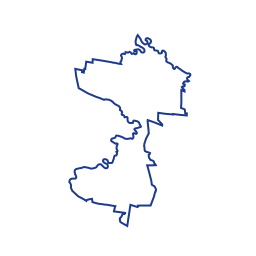 Rafov, Prahova, Romania (Equal Earth projection), rotated 234°
{"feature_id": "2599482B7706005984570", "entity_name": "Rafov", "entity_type": "district", "adm_level": 2, "iso_a3": "ROU", "parent_name": "Romania", "parent_adm1": "Prahova", "projection": "equal_earth", "projection_center": [26.169, 44.85], "detail": "fine", "context": "isolated", "style": "outline", "palette": "blue", "viewbox_px": 256, "rotation_deg": 234, "n_neighbors": 0, "source": "geoboundaries", "source_scale": "gbopen_adm2", "svg_char_len": 5958}
<svg xmlns="http://www.w3.org/2000/svg" viewBox="0 0 256 256"><g transform="rotate(234 128 128)"><path d="M136.4,209.3L137.2,208.1L137.6,207.7L139.2,206.9L142.3,205.6L145.1,204.7L146.9,204.0L148.4,203.7L148.8,203.5L149.1,203.0L149.1,202.4L148.8,201.4L148.4,200.5L148.5,200.1L148.8,199.9L150.1,199.8L151.0,200.1L152.3,201.0L153.3,200.7L154.6,200.5L155.4,200.2L158.0,198.6L158.7,198.3L159.3,198.2L160.1,198.5L160.6,199.3L161.2,199.8L163.0,199.9L163.7,200.2L164.2,201.1L166.1,202.4L166.6,202.7L168.5,202.6L169.1,202.5L169.9,202.0L170.3,201.2L170.2,200.8L170.0,200.4L169.1,199.9L168.9,199.6L168.9,199.4L169.0,198.6L169.4,197.7L170.3,196.9L171.1,196.9L172.4,197.5L173.1,197.4L175.2,195.2L175.5,195.1L176.3,195.3L176.8,195.7L177.8,196.0L178.7,195.4L179.8,194.1L181.1,193.4L182.1,193.2L182.8,193.4L183.3,194.0L183.7,196.4L184.4,197.5L184.9,197.8L185.7,198.0L186.3,198.0L187.5,197.6L189.0,196.8L189.4,196.4L189.5,196.0L189.7,195.1L189.5,194.7L189.2,194.2L188.7,193.9L188.2,194.0L187.4,194.5L187.1,194.5L185.9,194.3L185.3,193.8L185.0,193.2L185.0,192.5L185.4,191.2L185.8,190.7L186.5,190.4L188.6,189.8L190.1,189.9L193.1,190.5L197.4,190.5L196.9,189.1L196.6,188.6L194.0,185.4L192.5,184.3L190.7,183.6L190.2,183.5L189.7,184.0L189.3,184.6L187.7,185.5L186.5,185.8L184.8,186.8L182.9,187.3L182.0,187.3L181.0,186.9L180.1,186.1L180.0,185.7L180.0,185.0L180.5,184.0L181.2,183.5L182.2,183.3L183.6,183.5L185.2,182.9L185.8,182.3L187.2,179.5L187.3,178.8L186.7,178.3L186.1,178.3L186.0,178.5L186.0,178.8L185.4,179.9L184.8,180.0L183.4,178.9L183.1,178.2L183.2,177.6L183.5,177.2L183.9,176.8L185.3,176.3L185.6,174.7L187.5,174.5L188.7,174.1L188.7,173.2L189.1,172.1L189.9,171.6L190.4,170.8L190.7,170.6L190.2,170.2L189.7,168.8L190.8,168.2L191.4,166.3L191.2,165.6L190.8,165.0L190.2,164.8L188.8,164.6L187.9,164.1L187.0,162.8L186.4,162.3L186.1,161.9L186.0,160.9L185.4,160.4L184.8,160.1L183.9,160.0L185.1,158.6L188.8,155.4L189.6,154.3L190.0,154.1L190.9,153.3L198.1,146.3L204.4,139.9L201.6,137.7L206.2,133.2L200.9,128.1L201.6,127.5L198.8,124.8L200.2,123.6L201.6,124.9L206.8,120.1L200.9,116.8L197.5,115.2L189.1,111.5L187.7,112.3L180.5,115.5L178.3,116.7L171.5,120.8L169.2,122.5L165.0,125.1L164.8,125.3L164.7,126.0L164.4,126.7L162.0,129.3L161.4,129.5L159.7,130.6L159.1,130.6L158.3,131.0L156.7,131.1L154.6,131.7L151.2,133.4L149.6,133.6L149.1,133.5L148.7,133.3L147.4,132.1L146.8,132.2L146.0,132.7L144.9,132.7L144.1,132.5L143.5,131.5L142.5,130.9L142.1,130.9L141.4,131.7L140.8,132.0L140.2,132.0L139.0,131.6L138.5,131.7L138.1,132.9L137.7,133.5L137.1,133.7L136.4,133.6L134.9,132.4L134.0,132.0L133.3,131.8L132.1,131.9L131.3,132.2L130.9,132.6L130.3,133.3L130.0,134.0L129.3,134.7L129.4,135.1L130.5,136.4L130.7,136.8L130.2,137.5L128.3,139.2L127.2,139.8L126.0,140.1L125.4,140.0L124.4,139.6L122.3,139.5L121.8,139.4L121.4,139.0L122.7,135.0L123.4,133.6L123.4,132.7L123.1,132.4L122.7,132.3L122.0,132.2L120.8,132.5L119.8,132.5L118.7,132.2L118.4,131.7L118.4,131.3L118.9,130.7L120.2,129.9L120.6,129.4L120.6,129.1L120.3,128.6L117.3,127.0L116.8,126.1L116.7,125.4L117.0,124.8L118.1,124.2L119.2,121.6L120.4,120.0L121.2,119.3L123.4,118.3L125.7,116.9L127.6,115.4L128.5,114.4L128.7,114.0L128.7,113.6L128.1,112.7L127.8,111.9L127.8,111.6L128.1,110.5L128.7,109.2L128.8,108.7L128.6,107.9L128.1,107.2L127.4,106.9L126.9,106.9L125.9,107.4L122.9,108.5L122.5,108.9L122.3,109.7L121.8,110.1L121.2,110.2L120.8,109.8L119.8,108.1L118.8,107.2L117.7,106.4L116.2,106.3L115.5,106.0L115.3,105.6L115.5,104.6L114.0,104.4L113.0,103.1L112.7,102.4L113.0,102.1L113.1,101.8L113.3,101.1L113.2,100.3L111.2,98.0L110.5,96.8L109.4,95.4L109.2,94.7L109.3,94.3L109.7,93.5L111.2,91.8L111.9,91.8L113.9,92.4L114.8,92.2L115.3,91.9L116.0,91.4L116.7,90.5L116.9,89.7L116.7,89.4L116.6,89.0L116.1,88.4L114.9,88.1L113.1,88.7L111.5,89.6L110.9,89.8L110.1,89.8L109.2,89.4L108.6,89.0L108.0,88.2L107.9,87.7L108.3,86.6L108.9,86.0L109.4,85.8L110.5,85.4L113.8,84.9L114.6,84.6L115.1,84.2L115.7,82.8L115.7,81.7L114.9,79.3L115.0,78.5L115.4,77.2L116.2,75.3L117.0,74.1L119.2,72.5L121.3,70.5L122.3,69.4L122.7,68.3L123.0,66.9L124.0,65.0L125.1,62.4L125.3,61.3L125.2,60.4L124.9,60.0L124.4,59.4L123.6,58.9L122.4,58.5L121.7,58.0L120.3,57.9L119.1,57.5L118.5,57.1L118.1,56.6L118.1,56.1L118.1,55.5L119.6,53.5L120.1,52.6L120.3,51.7L120.3,50.9L120.2,50.5L119.1,49.0L118.8,48.8L117.2,48.8L116.0,48.6L114.5,47.8L113.3,46.7L110.0,46.0L102.2,47.5L95.1,50.9L94.9,50.8L93.5,51.4L93.9,51.9L94.0,52.4L93.5,53.4L92.9,55.3L92.2,56.5L91.9,57.2L88.9,55.7L85.0,58.8L83.6,60.1L81.2,62.7L80.0,63.8L78.5,65.6L72.2,71.8L71.6,70.8L68.8,67.6L61.0,75.8L60.7,75.6L60.7,75.1L60.5,74.5L61.5,73.4L61.2,72.5L60.0,70.2L59.9,68.8L59.3,68.4L59.2,67.9L58.7,67.5L58.1,67.4L57.7,67.0L56.2,66.6L49.2,69.8L64.4,84.8L58.4,89.3L58.7,90.5L59.2,90.6L57.2,93.6L52.0,100.7L57.7,109.4L57.8,109.6L58.3,109.8L60.7,113.0L60.8,113.2L60.6,113.3L61.1,113.9L61.9,114.6L63.2,114.8L64.2,115.1L64.9,115.0L65.3,115.1L68.1,113.9L71.3,115.7L81.1,119.6L86.5,121.6L83.4,125.9L81.6,128.6L82.7,128.8L83.7,128.5L84.2,128.6L86.1,129.2L88.0,128.2L89.1,127.4L89.6,127.3L90.6,127.6L91.5,127.5L92.4,127.9L94.0,128.8L94.0,129.9L94.8,131.1L95.1,131.0L98.0,128.9L99.3,128.2L100.2,128.4L102.6,129.9L103.7,130.3L105.5,131.8L108.9,136.5L111.4,141.6L115.3,144.0L121.9,147.8L122.8,148.6L117.4,152.4L109.9,157.1L110.4,157.6L111.1,157.8L116.8,157.0L122.5,161.4L117.4,166.7L112.4,172.5L112.8,172.7L107.6,178.3L103.6,182.9L104.5,183.5L104.8,183.9L105.2,184.2L106.3,183.0L109.6,184.8L110.3,184.5L113.0,182.7L118.1,186.8L127.2,193.3L127.3,193.4L124.3,195.2L124.7,195.5L125.8,196.1L127.1,195.5L127.9,195.8L128.9,195.4L129.5,195.6L129.6,196.4L128.6,198.2L128.6,198.4L129.0,198.6L129.5,199.3L129.8,199.5L130.2,199.1L130.9,198.7L131.6,198.7L131.8,199.0L131.8,199.3L131.9,199.8L132.4,200.5L132.3,201.2L131.5,202.6L130.8,203.2L130.2,204.1L130.2,204.9L131.2,204.6L132.2,204.5L132.7,204.6L133.6,205.1L133.8,205.4L134.0,206.1L133.8,206.8L133.5,207.2L133.5,207.8L134.1,209.5L134.6,209.9L135.2,210.0L135.8,209.8L136.4,209.3Z" fill="none" stroke="#1e3a8a" stroke-width="2"/></g></svg>